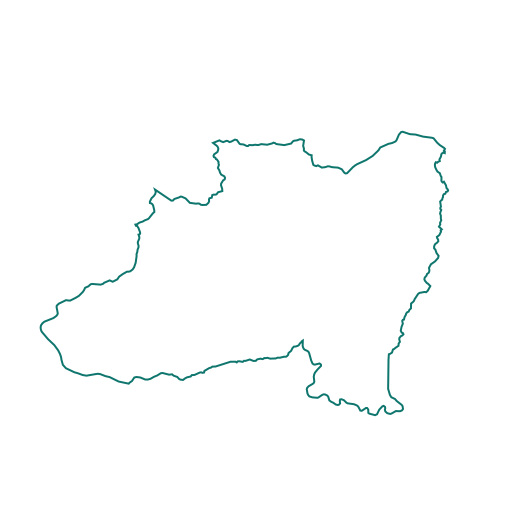 Nova Canaã do Norte, Mato Grosso, Brazil (Mercator projection), rotated 17°
{"feature_id": "56859067B70973465744511", "entity_name": "Nova Canaã do Norte", "entity_type": "district", "adm_level": 2, "iso_a3": "BRA", "parent_name": "Brazil", "parent_adm1": "Mato Grosso", "projection": "mercator", "projection_center": [-56.025, -10.669], "detail": "fine", "context": "isolated", "style": "outline", "palette": "teal", "viewbox_px": 512, "rotation_deg": 17, "n_neighbors": 0, "source": "geoboundaries", "source_scale": "gbopen_adm2", "svg_char_len": 6129}
<svg xmlns="http://www.w3.org/2000/svg" viewBox="0 0 512 512"><g transform="rotate(17 256 256)"><path d="M131.5,261.2L132.3,262.2L133.7,262.1L135.6,263.8L138.1,267.1L138.6,268.2L138.4,269.3L137.4,269.9L138.9,272.0L139.3,273.6L138.9,277.1L139.2,278.2L140.7,280.6L141.1,282.0L140.9,284.7L141.3,286.7L141.2,289.2L141.8,290.8L142.9,297.6L142.7,302.5L142.0,304.9L140.2,307.4L138.8,308.2L137.2,308.7L133.8,312.3L131.2,315.7L130.2,318.9L126.5,322.5L123.2,322.1L118.6,326.0L117.9,327.3L115.8,328.8L107.6,330.6L106.1,331.4L104.6,334.0L101.9,336.3L101.5,339.1L100.8,341.2L98.3,345.9L95.7,348.8L91.4,352.9L90.2,353.3L87.2,353.8L81.4,359.2L80.0,361.7L80.2,363.1L83.2,368.8L83.2,370.1L82.6,371.7L80.4,374.6L72.8,380.7L71.4,382.9L70.7,385.1L70.8,386.8L71.4,388.5L72.2,389.9L73.3,391.1L81.4,396.3L89.2,400.2L94.3,404.0L97.2,407.0L99.1,409.6L100.3,412.1L103.1,416.5L107.0,418.9L116.5,420.3L119.6,420.2L125.1,420.5L128.9,420.0L137.6,415.6L139.4,414.8L141.7,414.5L147.3,414.9L151.4,414.6L161.4,416.2L171.6,415.3L172.2,414.0L173.9,411.9L175.1,407.9L176.0,407.2L177.3,406.6L180.9,406.0L186.1,406.5L188.4,405.9L190.9,404.4L193.7,401.4L196.5,399.1L199.3,395.9L200.8,395.2L207.5,394.9L210.4,393.7L212.1,394.5L216.1,394.7L218.5,396.1L219.8,396.3L222.4,395.9L224.0,393.7L225.5,392.2L228.8,390.3L229.4,388.7L232.0,387.7L236.3,383.9L237.5,383.3L238.9,383.4L240.4,382.6L240.3,380.9L244.0,376.9L245.8,375.7L246.6,374.5L249.5,373.6L262.5,364.6L267.2,363.1L268.7,363.4L269.2,362.2L270.6,361.6L274.3,361.1L275.2,359.7L276.6,359.4L280.3,356.8L284.3,357.1L286.5,356.3L287.1,354.9L287.9,354.2L290.5,352.8L292.1,352.8L293.2,352.1L293.7,351.2L295.2,350.8L296.7,350.0L299.6,350.0L304.8,348.2L306.4,346.9L308.6,346.3L312.3,344.1L314.1,343.6L314.9,342.7L315.6,341.2L315.5,339.2L317.3,336.5L317.8,333.5L318.7,331.6L320.5,330.9L322.4,329.5L323.1,328.5L323.5,326.8L324.4,325.4L324.7,324.2L325.5,323.2L326.9,328.3L327.8,329.7L328.8,330.8L330.1,331.4L333.0,331.8L334.2,332.3L335.2,333.3L339.4,339.9L341.5,342.3L342.7,342.8L344.0,342.7L348.2,340.2L349.8,340.8L350.3,342.1L348.0,346.6L346.5,350.3L346.3,352.1L346.5,354.5L348.5,359.1L348.4,360.4L347.7,361.6L344.4,365.2L343.4,367.4L343.5,368.6L345.4,372.4L346.6,373.7L348.1,374.7L351.2,374.7L356.0,373.7L357.0,373.1L359.9,369.5L361.0,368.6L362.3,368.2L365.0,368.6L366.4,369.7L368.3,372.6L370.0,373.3L373.0,373.8L375.7,374.7L377.8,374.6L379.0,373.7L379.5,372.3L378.5,370.1L378.4,368.6L379.6,368.0L382.2,368.2L385.5,369.9L386.8,370.1L392.9,369.1L396.1,369.4L397.2,369.8L398.3,370.6L400.9,373.3L402.4,373.1L405.7,369.1L406.8,368.9L408.2,370.0L409.3,373.2L410.4,373.6L416.4,373.4L418.0,372.0L418.8,366.9L420.8,362.8L421.9,362.0L423.5,362.6L424.1,363.8L424.2,365.4L425.2,366.9L427.4,367.9L429.5,367.9L430.7,367.7L431.6,367.1L435.1,363.4L439.2,362.3L440.8,360.9L441.3,359.3L440.1,356.8L438.9,355.8L433.1,353.6L430.7,352.1L426.7,351.5L424.6,349.6L421.2,344.4L413.0,316.3L411.8,311.1L412.8,310.4L414.3,308.6L414.3,305.4L415.4,304.4L416.1,303.2L418.5,300.2L418.0,297.9L418.7,296.1L417.3,293.7L417.1,292.4L418.0,290.3L419.2,289.2L419.9,287.8L419.1,286.8L417.8,286.7L416.3,285.2L415.9,281.2L416.2,277.8L414.8,275.3L415.1,274.1L416.1,273.5L415.9,271.1L416.5,268.5L416.4,267.3L417.0,265.6L418.2,264.6L418.5,262.5L419.5,260.8L418.2,256.1L419.5,254.2L420.2,252.7L420.3,251.0L422.1,244.9L423.1,243.5L427.7,241.1L429.3,240.9L430.4,239.0L431.5,233.8L428.6,232.2L427.3,231.9L424.7,230.2L423.8,229.0L423.7,227.3L424.8,224.9L424.8,223.3L426.0,221.6L426.2,220.4L425.9,218.7L424.9,216.8L425.7,212.8L428.8,208.8L430.7,204.6L430.6,202.5L427.7,200.3L425.6,197.4L424.2,196.7L423.6,195.1L423.6,193.2L424.0,192.0L425.3,190.3L426.0,188.6L425.4,187.1L424.1,186.0L423.4,184.9L425.2,182.4L425.8,178.6L425.1,177.5L425.9,176.2L422.4,174.5L423.0,171.9L422.3,170.6L422.7,167.6L421.9,166.4L420.9,163.2L419.7,161.8L419.5,160.0L419.7,157.8L418.5,157.1L418.2,155.9L418.4,154.7L416.2,150.1L416.8,148.7L417.6,147.7L417.4,146.3L417.6,144.9L417.2,143.4L417.5,142.0L418.8,141.1L419.0,139.1L420.3,138.3L420.6,137.2L419.7,136.1L418.4,135.4L417.0,132.9L414.0,130.0L413.2,131.1L412.0,130.6L411.3,129.8L410.3,126.3L409.3,125.5L407.6,123.1L404.8,122.2L403.4,120.9L401.4,118.7L400.5,116.8L400.2,115.2L400.6,113.7L401.9,113.9L402.6,112.7L404.0,111.5L403.2,110.0L403.8,106.8L403.5,104.5L404.0,103.3L405.2,102.3L406.4,102.4L406.0,100.8L404.9,100.5L405.4,98.3L404.1,97.6L399.3,96.2L396.0,94.6L391.4,91.5L389.6,91.5L380.8,93.0L373.2,93.2L367.5,94.5L360.0,94.3L358.6,95.0L357.2,98.1L356.5,104.3L355.9,105.7L353.1,108.2L349.9,110.0L343.1,115.9L342.2,119.2L338.3,126.2L333.2,132.1L326.0,138.5L324.3,140.4L322.6,142.9L318.9,150.2L317.4,150.9L316.2,150.6L312.7,148.0L308.7,147.5L302.8,148.8L299.6,148.9L298.3,149.3L296.4,150.7L293.1,152.2L288.7,151.2L287.4,152.4L285.4,152.4L284.2,152.1L281.8,148.4L280.2,145.1L279.8,143.4L277.0,143.5L273.8,142.2L271.5,141.6L270.8,140.8L270.5,139.4L268.9,136.9L268.1,131.5L266.2,131.1L263.9,131.5L261.4,133.4L258.8,134.6L257.8,135.5L256.7,138.2L250.6,141.7L242.7,143.0L241.3,142.5L239.6,142.5L238.4,143.7L234.2,146.3L228.3,147.5L225.6,149.3L222.5,149.9L220.7,150.9L217.0,151.9L216.2,153.2L214.9,153.5L211.4,153.0L208.6,153.6L207.5,153.5L203.8,150.7L201.8,150.9L198.9,153.8L197.4,154.8L195.2,154.3L194.1,154.5L191.3,156.7L188.7,156.5L187.2,156.1L181.9,160.4L186.1,162.0L187.1,162.5L188.5,164.1L188.8,165.7L188.7,167.8L186.2,171.1L186.1,172.7L186.8,173.7L188.4,173.9L189.3,175.0L190.4,175.1L192.7,177.0L193.0,178.3L193.9,179.7L193.8,182.9L196.0,184.9L197.0,186.5L198.8,188.3L202.5,189.1L203.6,190.4L203.6,192.0L202.5,193.2L201.5,197.0L201.8,198.5L204.0,201.6L204.8,203.8L201.1,206.1L200.2,208.6L199.0,209.3L197.5,209.7L196.4,210.5L196.6,213.2L194.6,214.4L194.5,215.6L195.2,217.6L194.9,219.2L193.5,221.6L189.8,222.9L188.2,223.1L186.6,222.5L185.5,222.6L183.3,223.5L177.2,224.5L171.8,221.5L167.6,221.0L166.4,221.3L165.4,222.4L161.3,225.3L160.3,227.3L158.8,227.8L140.0,222.0L141.4,223.9L141.5,226.2L140.8,228.4L139.2,231.3L138.6,235.0L139.1,236.4L140.4,236.3L141.6,236.7L142.8,237.7L145.3,241.9L145.9,243.7L144.9,245.3L142.5,251.4L141.9,252.3L139.1,254.5L137.7,256.1L134.8,258.1L132.9,260.5L131.5,261.2Z" fill="none" stroke="#0f766e" stroke-width="2"/></g></svg>